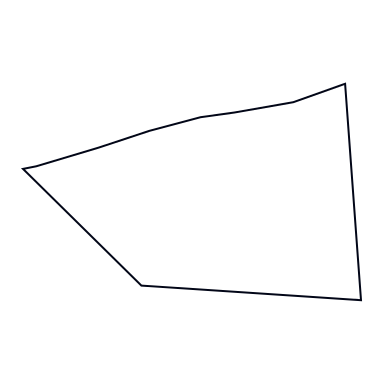 the district of El Arish 1, Shamal Sina', Egypt
{"feature_id": "37247803B82765364508611", "entity_name": "El Arish 1", "entity_type": "district", "adm_level": 2, "iso_a3": "EGY", "parent_name": "Egypt", "parent_adm1": "Shamal Sina'", "projection": "mercator", "projection_center": [33.823, 31.13], "detail": "fine", "context": "isolated", "style": "outline", "palette": "ink", "viewbox_px": 384, "rotation_deg": 0, "n_neighbors": 0, "source": "geoboundaries", "source_scale": "gbopen_adm2", "svg_char_len": 266}
<svg xmlns="http://www.w3.org/2000/svg" viewBox="0 0 384 384"><path d="M361.0,300.2L345.1,83.8L343.9,84.2L293.3,102.2L234.5,112.5L200.6,117.2L149.2,130.9L98.7,147.6L36.2,166.3L23.0,168.9L141.4,285.6L361.0,300.2Z" fill="none" stroke="#020617" stroke-width="2"/></svg>